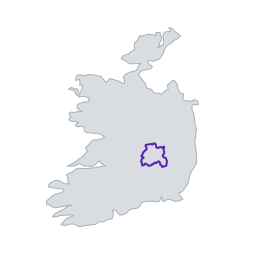 where Laoighis sits in Ireland, rotated 7°
{"feature_id": "IRL-723", "entity_name": "Laoighis", "entity_type": "County", "adm_level": 1, "iso_a3": "IRL", "parent_name": "Ireland", "parent_adm1": "", "projection": "orthographic", "projection_center": [-7.345, 52.994], "detail": "fine", "context": "in_parent", "style": "outline", "palette": "violet", "viewbox_px": 256, "rotation_deg": 7, "n_neighbors": 0, "source": "natural_earth", "source_scale": "10m", "svg_char_len": 6162}
<svg xmlns="http://www.w3.org/2000/svg" viewBox="0 0 256 256"><g transform="rotate(7 128 128)"><path d="M161.1,38.2L156.2,41.7L155.4,43.0L154.0,48.3L153.9,49.8L150.8,55.7L149.0,56.9L146.4,57.8L144.9,58.8L143.0,58.3L140.7,58.4L139.5,59.4L139.5,60.2L140.2,61.2L144.6,63.9L144.3,65.0L143.1,66.3L135.2,69.4L132.8,71.3L132.0,72.6L132.8,74.7L139.1,81.1L140.1,81.8L141.0,85.6L146.6,87.1L148.9,89.5L150.8,90.0L155.1,89.8L156.9,90.7L157.8,90.0L158.4,88.8L163.2,84.3L161.7,80.9L166.5,75.2L167.8,75.2L170.1,77.0L171.9,79.4L172.6,82.7L174.3,85.6L175.5,86.6L178.6,87.2L179.3,88.3L178.8,92.6L179.3,94.0L187.1,93.8L190.2,91.9L192.9,92.2L194.3,94.1L194.9,96.0L192.6,96.8L190.2,96.4L189.0,97.7L188.9,100.2L189.8,103.4L191.5,105.6L192.9,110.7L194.1,116.4L195.8,119.8L196.3,124.0L196.0,126.1L196.4,129.9L195.7,131.2L196.3,134.7L199.4,146.1L200.2,154.9L198.8,158.3L196.9,161.5L195.7,165.2L194.8,169.3L194.3,175.8L190.2,183.5L188.4,185.4L186.3,186.6L191.0,191.9L187.3,194.3L183.2,195.1L178.7,193.8L175.8,194.0L172.3,196.8L171.5,196.3L169.7,192.0L168.5,196.5L165.9,197.9L161.5,197.6L154.0,198.9L151.1,200.1L149.9,202.1L149.0,204.5L147.8,205.8L146.5,206.6L140.7,208.3L139.6,208.9L136.9,212.7L133.3,214.8L130.4,215.4L127.8,213.2L126.8,211.9L125.6,211.2L121.6,211.3L122.9,211.9L123.7,213.5L124.0,216.5L123.5,219.4L121.5,220.8L119.2,221.0L115.4,224.0L110.5,224.7L107.8,227.4L91.4,231.8L90.5,231.8L88.3,230.5L85.9,229.9L83.4,230.2L76.6,232.6L73.3,232.0L77.7,225.6L83.4,222.5L84.0,221.6L82.2,221.1L71.4,223.1L67.6,224.9L63.9,225.3L65.7,222.4L70.7,218.5L74.9,216.0L76.8,213.7L81.9,211.1L65.5,216.1L61.2,215.3L60.3,213.7L56.9,214.3L55.8,210.5L61.0,204.9L63.9,202.6L67.4,201.4L70.7,199.6L72.0,197.3L70.5,196.5L60.7,196.7L56.1,196.0L56.4,194.2L57.3,192.2L62.3,188.9L64.9,188.4L67.2,188.9L71.3,191.1L76.8,190.6L74.6,188.3L74.3,183.7L72.6,182.1L74.9,180.1L77.5,178.9L81.9,174.7L83.4,174.1L91.9,173.3L101.0,171.2L110.0,168.2L105.4,166.4L103.3,164.0L99.7,168.6L97.1,170.4L89.9,171.1L87.6,170.5L84.4,169.0L83.4,169.5L82.5,170.6L77.6,172.8L72.6,173.1L78.6,169.1L86.2,162.1L87.9,159.9L90.3,156.0L89.6,154.3L88.2,153.2L93.7,145.2L95.6,143.8L99.0,143.7L101.5,142.4L102.6,142.4L103.6,142.0L105.8,139.6L102.5,138.0L99.0,137.1L88.3,137.6L86.9,137.4L85.6,136.6L84.8,135.5L84.2,132.7L83.5,132.1L81.1,132.0L78.7,132.8L77.0,132.7L75.4,131.4L78.1,128.7L74.8,127.9L71.4,128.3L68.6,127.3L68.6,125.6L69.9,123.8L68.3,122.1L68.1,120.0L69.9,119.0L71.8,119.4L75.8,118.0L80.9,117.4L76.6,115.7L74.9,114.3L74.9,112.3L75.3,110.6L80.4,107.8L85.8,106.7L85.5,104.7L85.9,102.7L80.6,101.9L75.2,103.2L75.9,99.2L77.3,95.6L77.7,93.3L77.5,90.7L75.0,91.7L74.8,88.1L73.8,85.6L70.1,87.2L70.3,83.9L71.5,81.7L73.4,80.8L75.3,81.3L78.8,81.4L82.3,79.8L87.2,79.5L95.0,80.2L100.2,85.2L101.6,84.4L103.8,81.4L104.8,81.1L112.9,82.6L117.9,84.4L119.2,83.9L118.5,80.5L116.9,78.1L119.1,75.1L121.7,73.1L123.5,72.1L127.6,70.8L129.4,69.6L130.6,65.7L132.5,62.5L122.3,64.0L112.8,60.0L114.4,57.2L116.4,55.7L119.9,54.6L120.3,53.2L122.1,52.0L125.0,48.9L124.0,44.8L124.7,41.8L126.8,39.9L127.5,37.1L128.4,35.1L132.7,34.4L136.8,32.5L143.0,32.3L144.6,33.1L144.3,29.7L147.2,29.3L148.4,29.9L148.9,32.3L150.2,33.9L150.6,36.5L149.7,38.6L148.2,40.2L149.6,41.8L147.4,44.7L149.7,43.5L153.0,40.6L152.9,38.3L152.3,35.3L151.4,32.7L151.8,29.7L153.7,27.9L158.5,27.0L156.5,23.7L158.3,23.4L160.2,24.1L163.0,26.6L169.0,30.3L166.1,33.5L162.5,35.7L161.1,38.2ZM74.2,100.5L74.0,102.0L71.7,100.0L70.7,97.8L64.3,96.6L67.0,94.6L68.3,95.2L72.9,95.5L74.1,96.4L74.2,100.5Z" fill="#d9dde1" stroke="#a8b0b8" stroke-width="1"/><path d="M170.7,157.6L170.6,158.3L170.7,159.7L170.6,159.9L170.5,160.8L170.3,161.0L169.9,161.2L167.8,161.9L166.9,162.6L166.6,162.2L166.4,161.8L166.4,161.7L166.2,161.3L166.1,161.2L165.8,161.0L164.9,160.7L164.7,160.6L164.5,160.4L164.4,160.1L164.2,159.8L164.1,159.6L164.1,159.4L164.1,159.0L164.1,158.8L164.0,158.6L163.9,158.4L162.8,157.5L162.7,157.4L162.4,157.4L162.2,157.5L160.7,158.6L160.7,158.8L160.6,159.2L160.5,159.3L160.3,159.4L160.1,159.5L159.8,159.4L159.2,159.1L158.7,159.1L158.5,159.3L158.1,159.6L157.9,159.8L157.8,160.0L157.6,160.4L157.4,160.9L157.3,161.1L157.2,161.1L156.9,160.9L156.6,160.9L156.2,161.2L156.1,161.4L155.9,161.7L155.9,161.8L155.6,162.1L155.3,162.3L153.6,163.0L153.4,163.0L153.0,162.8L152.8,162.7L152.4,162.3L152.2,162.2L151.8,162.1L151.1,161.8L150.6,161.6L150.3,161.5L150.2,161.3L150.1,161.2L149.8,161.2L149.5,161.4L148.8,162.0L148.6,162.4L148.5,162.7L148.4,162.8L148.2,163.0L146.6,163.3L146.3,161.5L146.1,160.9L145.8,160.6L145.6,160.3L145.3,159.8L145.2,159.5L145.2,159.3L145.3,158.7L145.3,158.0L145.4,157.7L145.5,157.4L145.9,156.8L145.9,156.6L146.2,156.4L146.8,156.0L146.9,155.8L147.0,155.6L147.0,155.4L146.9,155.3L146.7,155.2L145.8,155.0L145.6,155.0L145.3,154.8L145.2,154.6L145.0,154.4L144.7,153.7L145.2,153.1L145.5,152.8L145.6,152.6L145.6,152.4L145.7,152.2L145.8,151.4L145.9,150.6L146.1,150.3L146.2,150.1L146.3,150.0L146.8,149.6L147.0,149.4L147.2,149.1L147.3,148.7L147.5,148.4L148.4,147.7L148.7,147.4L148.7,147.2L148.8,147.0L148.9,146.8L149.1,146.5L149.1,146.4L149.1,146.2L149.0,145.9L148.8,145.6L147.9,144.3L147.7,144.0L147.6,143.8L147.6,143.6L147.6,143.4L147.6,143.2L147.7,142.8L147.8,142.7L148.1,142.5L152.4,141.2L152.7,141.2L153.1,141.2L154.1,141.5L154.4,141.5L154.6,141.3L154.7,141.2L154.7,140.9L154.7,140.7L154.8,140.6L154.9,140.4L155.3,140.2L156.1,140.1L156.3,140.1L156.6,140.2L157.1,140.5L157.3,140.7L157.4,140.9L158.1,142.1L158.2,142.3L158.2,143.0L158.3,143.2L158.3,143.4L158.5,143.7L158.6,143.8L158.8,144.0L159.1,144.1L160.0,144.1L160.5,144.0L161.6,143.4L161.8,143.2L162.4,143.1L163.9,143.1L164.2,143.2L164.7,143.1L165.4,142.3L166.0,142.4L166.2,142.5L166.3,142.7L166.4,142.9L166.3,143.1L166.2,143.2L166.0,143.3L165.9,143.3L165.7,143.3L165.6,143.5L165.4,144.0L165.5,144.3L165.7,144.6L166.1,145.4L166.6,146.7L166.8,147.4L166.9,148.3L166.9,149.0L166.8,149.3L166.7,149.5L166.1,150.2L166.0,150.4L165.9,150.6L165.8,151.1L165.9,151.5L166.0,151.7L166.1,151.9L166.2,152.0L166.4,152.3L166.5,152.5L166.8,152.7L167.0,152.8L167.4,152.8L167.7,153.0L167.9,153.1L168.0,153.1L168.3,153.1L168.7,152.9L169.0,153.1L169.4,153.6L170.4,155.6L170.6,156.1L170.7,156.7L170.7,156.9L170.7,157.6Z" fill="none" stroke="#5b21b6" stroke-width="2"/></g></svg>